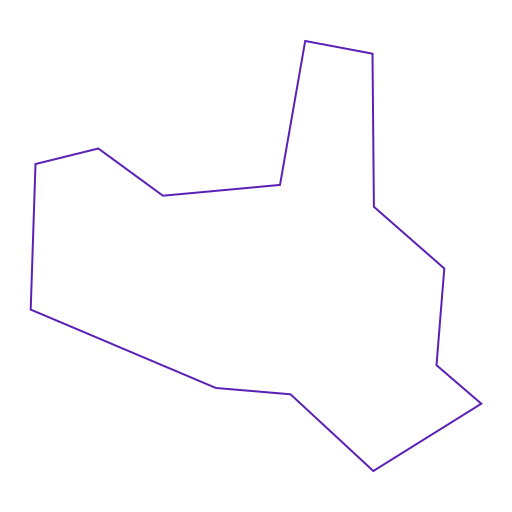 Fergana city, Ferghana, Uzbekistan, rotated 180°
{"feature_id": "79887680B52321906088540", "entity_name": "Fergana city", "entity_type": "district", "adm_level": 2, "iso_a3": "UZB", "parent_name": "Uzbekistan", "parent_adm1": "Ferghana", "projection": "albers", "projection_center": [71.796, 40.393], "detail": "fine", "context": "isolated", "style": "outline", "palette": "violet", "viewbox_px": 512, "rotation_deg": 180, "n_neighbors": 0, "source": "geoboundaries", "source_scale": "gbopen_adm2", "svg_char_len": 342}
<svg xmlns="http://www.w3.org/2000/svg" viewBox="0 0 512 512"><g transform="rotate(180 256 256)"><path d="M481.3,202.4L296.1,124.0L221.5,117.7L138.7,41.0L30.7,108.3L75.5,146.8L67.7,243.5L138.1,305.2L139.5,458.3L206.8,471.0L232.0,327.1L349.1,316.3L413.7,363.5L476.5,348.0L481.3,202.4Z" fill="none" stroke="#5b21b6" stroke-width="2"/></g></svg>